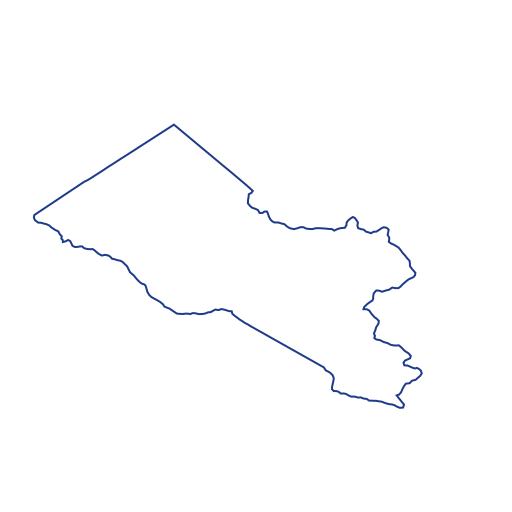 Cristópolis, Bahia, Brazil, rotated 34°
{"feature_id": "56859067B44144789657411", "entity_name": "Cristópolis", "entity_type": "district", "adm_level": 2, "iso_a3": "BRA", "parent_name": "Brazil", "parent_adm1": "Bahia", "projection": "orthographic", "projection_center": [-44.194, -12.179], "detail": "fine", "context": "isolated", "style": "outline", "palette": "blue", "viewbox_px": 512, "rotation_deg": 34, "n_neighbors": 0, "source": "geoboundaries", "source_scale": "gbopen_adm2", "svg_char_len": 3793}
<svg xmlns="http://www.w3.org/2000/svg" viewBox="0 0 512 512"><g transform="rotate(34 256 256)"><path d="M98.4,230.5L96.9,234.1L89.5,251.1L86.0,259.4L83.5,265.0L81.8,269.3L74.5,286.2L73.5,288.1L72.1,290.4L49.3,346.0L50.4,348.4L52.7,349.9L56.8,350.1L59.3,348.6L61.6,347.9L64.2,346.9L67.5,346.3L70.0,346.7L72.8,346.7L75.1,346.7L78.2,346.1L81.2,347.7L84.0,348.3L84.8,350.4L86.8,350.8L88.1,352.4L90.1,350.1L91.3,347.8L93.5,347.5L95.9,348.8L98.2,350.2L100.8,349.8L102.7,348.5L104.5,346.7L106.4,345.3L109.2,345.6L112.3,344.5L114.9,343.0L116.7,341.6L119.0,341.6L121.4,341.9L124.6,342.2L128.0,341.8L130.1,339.5L133.5,338.1L136.2,338.2L138.2,338.8L140.2,337.9L143.6,336.9L146.1,335.8L148.7,335.5L151.9,336.1L154.9,336.6L157.8,338.3L160.7,339.9L162.9,340.2L165.3,340.4L168.6,341.4L171.2,342.1L174.0,342.6L176.7,342.8L178.7,342.1L180.7,342.2L183.1,344.0L185.9,346.4L189.0,347.9L191.9,348.5L194.8,348.3L198.0,348.0L202.0,347.7L205.7,348.0L208.3,349.1L211.1,348.6L213.6,348.0L216.2,348.0L219.4,348.0L222.5,348.0L225.2,346.6L228.1,344.7L229.9,343.1L231.8,341.9L233.9,340.9L235.5,338.7L238.1,337.2L240.6,336.4L242.9,334.9L244.7,333.4L246.3,331.8L247.7,329.6L249.9,327.8L250.8,325.8L252.3,323.1L255.3,321.7L256.7,319.6L258.9,318.5L261.6,317.6L264.5,316.8L266.8,315.4L268.6,317.1L271.7,317.5L275.3,317.6L277.5,317.8L280.8,317.7L284.1,317.7L287.6,317.3L290.8,317.2L374.5,310.4L377.8,311.8L381.0,311.4L383.4,311.4L386.3,312.0L388.9,313.9L390.0,316.3L390.9,318.6L392.2,321.8L393.4,323.9L396.0,324.5L398.1,323.1L400.3,322.4L403.3,322.6L405.3,321.1L407.7,320.0L410.4,319.9L413.4,319.4L416.8,317.2L419.8,316.3L422.0,314.6L424.7,314.1L427.6,312.6L430.7,312.6L432.4,311.5L434.6,310.2L436.5,308.9L439.0,307.8L441.6,306.5L445.6,305.6L449.2,304.4L451.6,303.1L454.0,302.3L457.5,302.0L460.2,301.4L462.7,299.4L461.8,296.4L459.4,295.7L456.2,294.7L453.2,293.8L450.6,292.9L452.1,290.9L452.5,288.1L451.8,284.1L451.5,281.1L451.6,278.1L454.5,275.5L455.0,272.3L457.6,269.3L458.4,266.1L459.2,263.4L459.0,260.6L456.9,258.9L454.4,258.5L452.0,258.8L450.6,260.4L447.8,261.2L445.4,261.6L442.8,262.1L440.1,263.7L438.0,262.0L438.0,259.4L439.2,257.4L441.0,254.6L440.1,252.2L436.7,251.4L432.4,251.5L427.5,250.5L424.3,250.2L422.5,251.7L420.2,253.1L417.3,254.3L413.5,254.7L410.1,255.9L405.8,256.4L402.3,258.0L399.9,257.8L399.3,255.7L397.1,254.3L396.4,250.7L395.5,248.0L395.4,245.9L395.4,243.7L394.1,241.1L390.9,240.5L388.7,240.5L384.5,239.5L380.4,237.9L377.6,238.2L374.9,240.0L374.2,237.8L375.1,233.7L376.5,229.7L377.4,227.9L377.0,225.8L375.7,223.9L374.5,221.1L375.0,217.3L377.4,215.9L380.5,215.1L383.1,211.8L385.2,209.5L386.6,206.0L389.5,204.7L392.0,203.0L392.8,201.0L393.5,197.1L394.6,193.1L395.6,190.0L398.4,185.4L398.6,183.0L397.5,180.8L394.9,180.1L392.6,179.5L389.3,178.3L387.8,176.1L385.9,174.1L382.5,173.3L378.8,172.1L376.4,171.6L371.9,170.0L369.5,169.3L366.7,169.4L364.2,169.5L361.1,170.1L358.2,170.0L357.2,167.8L356.0,166.1L353.3,164.9L352.4,162.6L351.2,159.9L348.5,159.6L345.8,160.7L344.5,162.9L343.5,165.4L342.2,168.4L339.9,170.2L338.6,172.8L336.3,173.4L333.6,174.3L330.8,173.9L327.7,175.1L325.1,175.8L323.0,174.0L321.8,171.3L319.5,170.2L316.7,169.2L314.5,169.5L313.4,172.1L312.6,174.6L312.4,177.5L313.7,179.8L313.9,182.9L310.7,185.5L308.5,188.0L306.7,191.2L303.9,191.2L301.3,192.8L298.1,194.5L294.7,196.5L292.8,197.6L290.2,199.4L287.5,202.3L284.5,204.1L282.0,205.3L279.2,205.6L276.7,207.3L274.5,210.2L272.3,212.6L270.4,213.3L268.2,214.1L264.8,214.2L261.9,213.7L259.2,214.7L255.6,215.8L252.5,217.9L250.3,218.2L247.6,217.7L244.5,216.0L242.1,214.1L240.2,213.0L238.1,214.4L237.4,216.6L234.9,218.3L231.9,216.8L228.4,217.4L226.1,218.1L223.4,217.9L219.9,216.9L218.0,213.9L217.1,211.7L215.5,208.8L216.9,206.2L216.9,203.8L208.4,202.6L184.7,200.1L180.3,199.7L114.5,193.0L98.4,230.5Z" fill="none" stroke="#1e3a8a" stroke-width="2"/></g></svg>